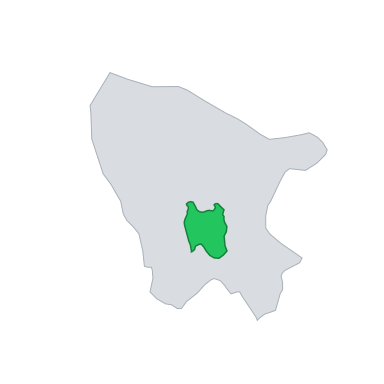 Karuzi highlighted on a map of Burundi, rotated 120°
{"feature_id": "BDI-2633", "entity_name": "Karuzi", "entity_type": "Province", "adm_level": 1, "iso_a3": "BDI", "parent_name": "Burundi", "parent_adm1": "", "projection": "mercator", "projection_center": [30.088, -3.137], "detail": "fine", "context": "in_parent", "style": "filled", "palette": "green", "viewbox_px": 384, "rotation_deg": 120, "n_neighbors": 0, "source": "natural_earth", "source_scale": "10m", "svg_char_len": 1922}
<svg xmlns="http://www.w3.org/2000/svg" viewBox="0 0 384 384"><g transform="rotate(120 192 192)"><path d="M270.5,71.2L268.1,74.4L256.8,97.3L254.7,100.8L255.9,102.9L260.7,107.2L257.9,114.5L256.8,116.4L254.6,123.2L255.8,129.4L258.5,131.6L265.8,134.6L276.7,136.8L289.6,142.0L298.3,142.9L300.3,146.6L299.9,153.3L302.1,159.0L302.1,169.4L299.5,178.4L286.2,182.7L279.4,187.4L277.5,189.7L279.2,192.4L280.1,196.1L267.6,205.2L254.8,217.0L251.7,225.0L249.1,234.4L245.4,240.5L235.6,249.2L225.6,266.6L220.7,278.0L196.2,305.3L174.4,318.9L168.1,323.5L129.6,322.7L126.6,304.3L120.8,279.2L107.5,256.6L106.1,247.1L106.7,228.8L106.8,203.1L105.9,189.3L106.2,179.3L107.9,161.8L107.7,151.3L98.9,139.3L88.1,126.4L82.2,120.2L81.9,115.1L81.9,110.4L83.7,103.6L87.9,96.0L92.7,95.1L104.4,98.2L116.6,104.6L123.0,119.2L128.0,121.3L137.0,121.2L160.0,119.3L165.7,119.6L176.1,116.1L186.5,110.0L189.5,103.6L192.0,89.4L194.1,63.7L199.4,63.4L213.9,72.6L217.1,73.2L220.1,72.9L225.1,68.3L231.3,64.7L235.9,64.8L252.7,60.5L261.8,68.2L267.5,70.6L270.5,71.2Z" fill="#d9dde1" stroke="#a8b0b8" stroke-width="1"/><path d="M191.4,155.4L196.2,154.2L197.3,152.0L199.8,150.7L201.9,148.6L204.5,144.5L209.3,142.4L214.0,142.2L222.0,136.6L225.6,132.2L230.9,133.3L235.9,135.5L238.0,139.9L238.0,144.8L236.2,149.8L233.6,154.6L233.0,156.4L232.6,158.2L233.5,159.4L236.1,161.3L237.3,161.9L238.9,161.5L240.4,161.0L242.1,161.5L243.3,162.0L244.1,162.6L243.2,163.1L238.1,167.5L236.5,169.8L224.3,182.0L221.9,183.7L219.3,184.4L213.7,185.0L212.5,185.4L212.0,186.0L211.4,186.4L208.5,186.8L207.4,187.3L206.5,188.2L206.2,189.6L205.2,190.8L203.0,190.2L201.0,188.3L200.3,185.8L200.7,185.4L203.2,181.2L204.3,180.0L204.9,178.9L205.2,177.7L205.3,176.1L204.6,173.2L202.9,171.3L200.9,169.8L199.4,168.1L197.9,164.4L196.8,164.0L194.0,163.9L193.1,164.6L192.6,165.8L191.8,166.5L190.2,165.6L189.4,164.3L189.3,163.1L190.2,160.5L191.4,155.4Z" fill="#22c55e" stroke="#15803d" stroke-width="1.5"/></g></svg>